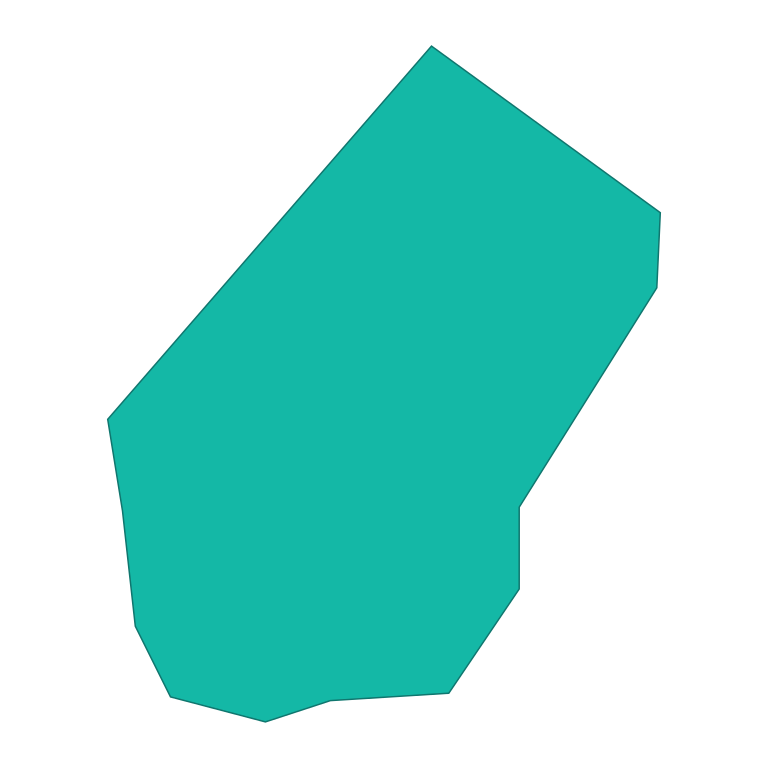 SVG path tracing the border of Gaborone
{"feature_id": "BWA-5501", "entity_name": "Gaborone", "entity_type": "City", "adm_level": 1, "iso_a3": "BWA", "parent_name": "Botswana", "parent_adm1": "", "projection": "robinson", "projection_center": [25.92, -24.612], "detail": "fine", "context": "isolated", "style": "filled", "palette": "teal", "viewbox_px": 768, "rotation_deg": 0, "n_neighbors": 0, "source": "natural_earth", "source_scale": "10m", "svg_char_len": 287}
<svg xmlns="http://www.w3.org/2000/svg" viewBox="0 0 768 768"><path d="M107.7,419.3L431.5,46.1L660.3,212.7L656.8,287.8L519.2,507.2L519.2,589.0L448.8,693.2L330.4,700.6L265.4,721.9L170.5,696.9L135.3,626.2L122.5,510.9L107.7,419.3Z" fill="#14b8a6" stroke="#0f766e" stroke-width="1.5"/></svg>